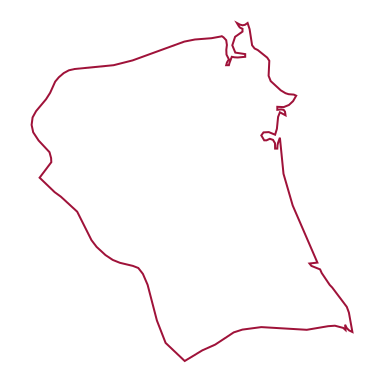 an SVG outline of Quảng Ngãi
{"feature_id": "VNM-488", "entity_name": "Quảng Ngãi", "entity_type": "Province", "adm_level": 1, "iso_a3": "VNM", "parent_name": "Vietnam", "parent_adm1": "", "projection": "mercator", "projection_center": [108.762, 15.012], "detail": "fine", "context": "isolated", "style": "outline", "palette": "rose", "viewbox_px": 384, "rotation_deg": 0, "n_neighbors": 0, "source": "natural_earth", "source_scale": "10m", "svg_char_len": 1622}
<svg xmlns="http://www.w3.org/2000/svg" viewBox="0 0 384 384"><path d="M221.8,36.2L223.5,37.3L226.2,40.2L226.9,45.0L226.3,49.8L226.5,54.6L228.9,59.4L227.5,61.5L226.9,62.7L226.2,65.2L228.9,65.2L229.5,62.9L231.8,56.8L234.5,57.3L237.7,57.5L245.2,56.8L245.2,54.1L235.3,52.6L232.3,45.3L235.1,36.8L242.5,31.6L242.5,28.8L240.1,27.7L239.0,26.5L236.9,23.0L239.9,24.6L242.6,25.3L245.0,24.8L247.6,23.0L249.6,29.2L252.1,45.3L254.6,48.5L257.7,50.0L267.2,57.6L269.3,60.8L268.6,75.8L270.7,81.1L280.7,90.3L285.5,93.2L288.6,94.2L293.8,94.6L296.2,95.7L293.1,101.1L288.9,105.0L283.7,107.1L277.3,106.8L277.3,109.8L281.2,109.4L283.7,109.9L285.0,111.7L285.5,115.3L279.9,112.3L278.1,116.9L276.9,128.8L275.1,134.7L268.8,132.1L263.5,132.4L261.3,135.4L264.2,140.3L266.6,140.3L269.8,138.8L273.0,139.9L275.0,143.2L275.1,148.6L277.3,148.6L277.5,145.2L278.1,142.7L279.9,137.7L283.5,173.8L292.7,205.5L317.4,262.6L309.5,263.5L311.4,265.9L320.1,269.4L321.7,273.0L329.7,284.9L332.2,287.5L346.8,306.9L348.9,312.6L352.4,332.0L349.1,330.4L346.7,328.0L345.1,324.7L345.5,330.0L343.2,327.9L334.9,325.7L328.1,326.2L306.8,329.8L261.3,327.1L242.4,329.6L233.7,332.4L215.2,344.6L202.4,350.3L184.7,361.0L165.6,342.9L156.9,320.5L147.6,284.8L142.9,273.9L138.3,268.0L132.9,265.9L119.9,262.8L112.7,259.9L105.5,255.1L96.6,246.9L91.5,240.2L77.2,211.7L60.9,196.7L54.7,192.2L39.6,177.7L51.3,162.2L51.1,158.1L49.5,152.2L38.6,140.5L33.2,132.3L31.6,124.9L32.6,117.4L36.1,111.1L46.0,99.3L50.1,92.9L55.2,81.6L58.8,77.3L63.7,73.1L68.9,70.3L74.6,69.0L113.6,65.2L132.6,60.4L184.3,41.6L194.9,39.5L211.5,38.2L220.8,36.5L221.8,36.2Z" fill="none" stroke="#9f1239" stroke-width="2"/></svg>